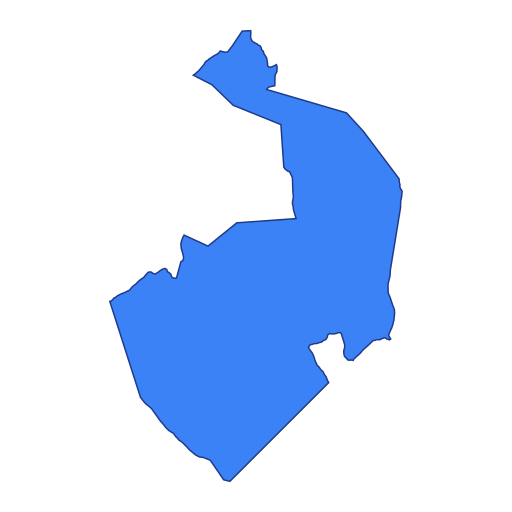 Santa María Sola, Oaxaca, Mexico
{"feature_id": "50627088B10783162199748", "entity_name": "Santa María Sola", "entity_type": "district", "adm_level": 2, "iso_a3": "MEX", "parent_name": "Mexico", "parent_adm1": "Oaxaca", "projection": "equal_earth", "projection_center": [-97.028, 16.567], "detail": "fine", "context": "isolated", "style": "filled", "palette": "blue", "viewbox_px": 512, "rotation_deg": 0, "n_neighbors": 0, "source": "geoboundaries", "source_scale": "gbopen_adm2", "svg_char_len": 3524}
<svg xmlns="http://www.w3.org/2000/svg" viewBox="0 0 512 512"><path d="M374.7,146.4L363.6,131.6L346.5,112.9L323.0,106.0L266.6,89.5L267.7,88.0L269.0,87.0L274.8,85.7L275.0,78.2L275.1,75.1L276.9,71.6L277.0,69.0L277.1,66.7L276.4,64.6L273.8,66.0L272.0,66.7L270.7,67.1L269.3,67.2L268.2,66.6L267.6,65.4L267.6,63.9L267.4,62.7L267.2,61.1L266.9,59.3L266.5,57.7L264.9,55.1L263.7,53.2L263.4,51.4L261.5,49.6L261.3,47.9L260.7,46.8L259.9,45.7L258.3,45.1L257.2,44.0L255.2,43.1L254.3,42.5L252.6,41.6L252.2,41.0L251.1,39.1L250.7,37.6L250.6,35.6L250.9,33.1L250.7,30.9L250.7,30.7L242.2,31.1L234.9,42.0L232.5,45.6L227.7,51.9L225.0,52.2L220.2,51.0L218.9,52.9L217.6,53.8L216.5,54.5L214.7,55.4L212.8,56.5L210.6,58.1L209.0,59.1L207.3,60.7L206.4,61.0L205.3,62.2L203.8,64.7L202.9,65.8L200.7,68.4L198.7,70.8L197.2,72.0L195.4,73.7L193.3,75.2L212.0,84.8L233.2,105.3L280.9,124.6L283.8,167.1L285.2,169.2L288.2,171.4L289.5,171.6L292.4,177.5L292.7,186.4L293.0,193.6L293.4,196.5L293.1,198.7L292.5,201.7L292.5,204.2L293.2,206.7L293.4,209.5L296.1,218.6L236.8,222.8L208.0,246.1L184.1,235.1L183.1,236.8L182.2,239.1L181.1,242.4L180.9,244.5L181.3,248.7L182.3,251.8L183.3,255.6L183.6,257.5L183.2,259.7L182.6,260.8L180.9,261.7L176.5,278.0L174.8,278.2L172.9,277.9L172.0,277.0L171.2,276.0L171.0,274.4L169.3,272.8L167.5,271.7L166.7,269.4L165.0,268.4L162.5,269.2L160.4,270.4L158.9,271.7L156.1,273.5L154.8,274.1L153.9,273.7L152.8,273.3L151.5,272.2L150.0,271.9L148.1,272.3L146.8,273.8L145.2,275.5L143.7,277.5L141.6,278.8L139.8,280.2L137.4,282.3L136.6,283.4L132.4,286.7L131.0,288.3L129.7,290.1L127.4,291.1L124.4,292.7L121.8,293.6L120.2,294.4L117.6,295.7L115.6,297.3L113.8,298.1L113.0,299.3L112.0,300.3L111.1,301.0L110.2,301.3L109.8,301.4L140.5,397.4L144.6,402.6L146.2,404.2L148.3,405.8L151.6,408.7L154.8,413.2L157.4,416.8L158.8,418.9L160.9,421.7L162.8,423.7L163.8,424.9L165.5,427.2L168.7,430.4L171.4,432.1L173.4,433.3L176.0,436.9L177.4,438.1L178.8,440.0L182.6,442.6L184.7,444.8L187.2,447.3L189.2,449.6L192.0,452.0L195.7,455.0L199.3,456.9L203.6,457.5L210.2,460.2L223.7,479.8L229.9,481.3L328.7,382.6L327.5,380.5L326.2,377.0L324.1,374.0L322.9,371.5L320.8,369.7L319.1,367.1L317.3,365.4L315.2,360.9L313.6,355.9L312.4,353.2L311.1,351.5L309.4,349.2L308.9,348.2L308.5,347.5L309.8,345.0L310.8,344.6L312.0,344.4L314.3,343.6L316.5,343.6L319.0,342.7L321.5,342.1L323.2,340.7L325.8,339.5L327.2,337.3L327.8,334.8L329.6,333.6L332.5,334.0L336.0,333.6L336.6,333.3L338.0,332.7L340.3,332.6L341.3,333.6L341.6,334.6L342.2,336.7L343.1,339.5L344.0,342.4L344.7,344.8L344.6,347.8L343.8,350.5L343.8,353.4L344.5,356.3L346.2,358.1L347.9,360.0L350.0,360.2L351.6,360.0L353.2,360.4L353.8,359.0L354.8,358.2L356.0,357.0L358.0,355.2L360.0,353.5L361.1,352.2L362.0,351.0L363.6,349.4L364.6,348.5L368.9,344.7L372.0,341.6L373.0,340.6L374.4,340.5L375.8,340.0L377.3,339.5L379.0,339.8L380.4,339.5L381.7,338.7L383.2,338.2L384.3,337.8L384.9,337.8L385.3,337.8L386.9,339.1L388.0,339.2L389.4,339.9L390.7,339.0L390.2,338.4L389.4,336.7L388.5,335.3L388.7,334.9L389.7,332.3L390.2,331.1L390.5,330.4L391.7,328.0L392.1,326.7L392.9,324.3L393.2,323.2L393.4,322.1L393.9,320.3L394.6,313.4L394.5,310.9L394.4,309.6L393.4,307.0L392.9,305.8L390.2,297.7L388.2,292.9L388.0,285.1L388.3,282.9L390.0,276.1L390.1,274.1L390.4,269.7L394.3,245.9L400.6,207.1L400.5,204.6L400.7,202.8L400.6,201.5L401.0,199.8L401.3,198.3L401.6,196.9L401.8,194.5L401.9,193.2L402.2,191.7L401.4,189.8L400.6,188.9L400.0,187.4L399.8,185.7L400.0,185.0L399.5,182.8L399.2,181.4L399.1,178.9L394.5,172.7L374.7,146.4Z" fill="#3b82f6" stroke="#1e3a8a" stroke-width="1.5"/></svg>